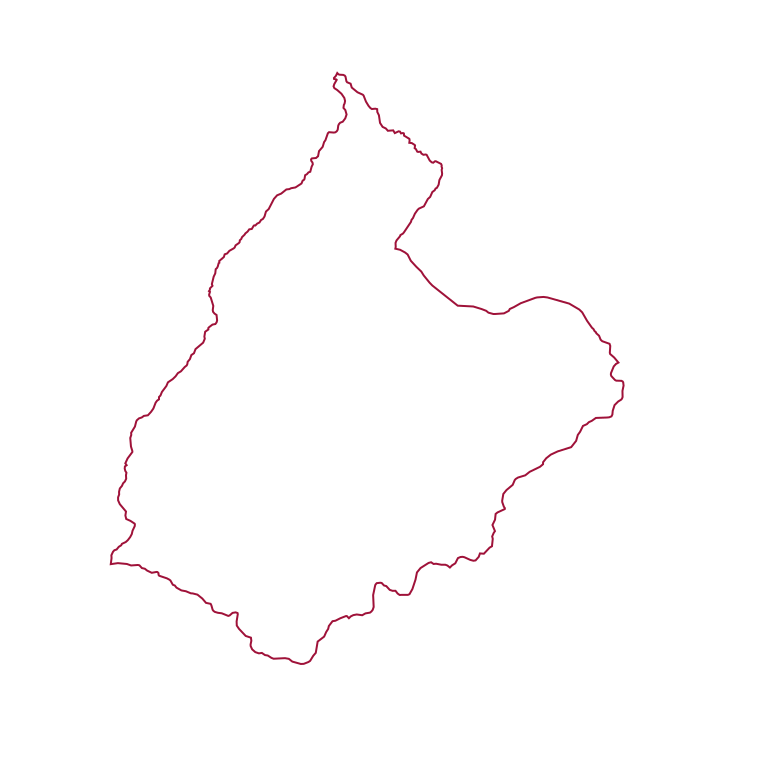 Génova, Quindío, Colombia (orthographic projection), rotated 13°
{"feature_id": "7082276B54028982815343", "entity_name": "Génova", "entity_type": "district", "adm_level": 2, "iso_a3": "COL", "parent_name": "Colombia", "parent_adm1": "Quindío", "projection": "orthographic", "projection_center": [-75.776, 4.193], "detail": "fine", "context": "isolated", "style": "outline", "palette": "rose", "viewbox_px": 768, "rotation_deg": 13, "n_neighbors": 0, "source": "geoboundaries", "source_scale": "gbopen_adm2", "svg_char_len": 6151}
<svg xmlns="http://www.w3.org/2000/svg" viewBox="0 0 768 768"><g transform="rotate(13 384 384)"><path d="M607.6,310.4L602.3,306.4L597.6,303.9L597.0,302.8L595.9,296.0L594.7,294.1L587.0,293.2L585.1,292.1L582.7,288.6L579.4,286.8L579.0,286.0L577.3,285.1L575.7,283.3L574.0,282.4L567.7,276.8L561.0,269.6L557.5,267.5L546.4,264.0L523.8,262.9L519.8,263.3L513.7,265.2L511.9,266.1L499.1,274.5L493.2,279.9L489.7,282.6L489.1,284.7L485.0,288.2L476.5,290.8L474.9,291.2L469.7,291.0L467.1,289.7L462.1,289.0L453.5,288.4L438.2,291.1L409.0,277.2L405.6,275.0L398.3,269.3L395.1,266.1L389.1,262.5L382.4,257.9L377.9,252.5L374.9,251.1L369.5,249.6L364.6,249.6L364.6,247.9L363.5,243.9L363.9,241.3L366.3,236.6L366.5,235.2L368.6,233.2L369.3,231.8L373.8,220.0L373.9,217.9L374.9,215.8L375.8,211.1L377.5,206.9L378.5,205.3L382.9,201.9L385.1,193.9L386.9,191.3L387.9,186.1L389.8,183.8L390.3,181.9L391.4,181.0L392.4,177.5L392.1,172.8L393.5,167.6L393.3,165.9L392.0,162.4L392.1,160.6L391.2,159.3L391.0,157.9L390.1,156.7L384.4,155.3L383.6,155.5L382.2,157.3L380.7,157.3L378.3,156.0L374.0,151.1L373.0,151.0L370.8,151.8L368.6,151.0L367.3,149.4L365.0,150.2L364.1,150.1L362.3,148.0L360.8,147.3L360.6,144.6L360.2,144.2L356.9,143.0L354.4,143.3L354.1,140.6L353.5,139.4L347.7,137.5L347.0,135.4L346.0,135.2L344.2,136.0L342.8,134.5L341.4,134.5L338.1,137.1L335.9,134.8L330.8,136.4L328.3,134.6L324.8,133.8L321.4,130.5L318.6,123.3L316.3,120.5L315.5,117.7L313.6,117.7L310.3,118.8L308.7,118.2L306.4,116.5L302.9,112.9L299.2,107.5L298.3,106.9L292.5,105.7L285.9,102.4L283.9,98.9L280.2,98.3L279.3,97.5L277.3,93.1L276.3,92.3L274.7,92.0L271.3,92.6L270.0,92.5L268.5,91.5L267.8,94.6L266.4,97.1L266.7,98.0L269.1,98.0L269.5,98.3L268.1,102.9L267.9,105.3L269.1,106.9L272.3,108.1L277.3,110.8L281.0,114.2L282.4,117.0L282.5,119.6L282.1,121.1L282.4,124.1L284.7,125.8L286.9,129.8L286.5,133.9L284.8,137.7L282.5,139.3L281.6,141.0L281.3,142.6L281.7,146.6L281.1,148.4L280.0,149.7L278.6,150.3L273.8,151.0L272.9,152.3L272.1,159.6L271.2,161.8L270.9,166.7L268.3,171.7L268.5,176.9L266.9,179.1L263.0,180.4L262.4,181.5L262.9,182.9L264.5,184.3L265.2,185.9L264.6,188.5L264.4,193.8L262.8,194.8L261.7,196.9L260.2,198.3L260.4,202.2L260.0,203.2L259.0,204.1L258.5,207.2L253.5,212.4L249.5,214.1L247.9,215.4L245.1,216.4L241.0,221.6L237.4,224.2L235.1,228.4L232.3,239.5L230.2,242.5L229.9,247.7L228.9,250.4L227.3,251.9L226.3,254.7L224.3,256.3L223.0,258.5L221.9,258.6L221.4,259.2L220.3,262.7L217.9,263.6L216.8,266.2L215.0,268.5L214.6,269.8L212.6,272.9L212.3,274.8L211.2,276.4L211.4,278.3L210.9,279.3L208.2,282.3L207.8,284.6L207.1,285.6L203.4,289.0L201.8,292.1L199.6,293.5L199.4,296.3L195.8,301.2L196.3,302.9L195.7,303.5L195.6,306.8L195.2,308.5L194.2,310.0L194.7,314.2L193.9,317.7L193.8,325.4L194.8,326.9L192.9,330.0L193.2,331.3L192.6,332.9L193.7,333.4L193.5,336.2L193.9,337.4L195.7,338.7L200.1,346.3L200.5,350.5L201.2,352.1L203.0,353.5L205.3,354.4L207.1,359.6L207.0,361.6L206.2,363.5L203.5,364.7L200.7,368.1L200.2,369.1L200.6,370.4L198.0,373.3L198.3,378.2L199.2,380.2L198.5,384.4L192.5,392.4L191.9,396.8L189.8,399.1L189.3,403.4L187.7,406.6L187.9,408.8L187.6,410.3L186.0,412.3L183.3,417.3L180.7,419.8L179.2,423.4L177.0,426.8L173.1,431.0L172.4,434.9L169.4,441.7L168.8,445.5L167.7,447.3L168.2,449.6L166.7,451.2L165.7,453.5L164.8,459.8L163.3,463.5L161.0,467.6L157.2,469.1L155.5,471.1L153.0,472.6L151.3,475.0L151.0,476.4L150.9,481.5L148.6,488.4L149.2,490.5L148.9,493.7L151.5,501.8L153.9,506.0L154.1,506.9L150.9,514.2L149.8,519.5L151.5,521.0L150.1,522.6L150.4,524.8L151.5,526.9L153.0,528.4L153.1,530.9L154.1,534.3L153.5,537.2L152.1,539.5L151.6,542.2L150.1,545.2L150.1,548.7L150.8,551.2L150.4,554.2L151.1,557.2L153.6,560.5L161.3,566.3L161.6,570.3L163.2,573.5L167.7,574.4L172.3,576.1L172.8,576.6L173.1,578.5L172.0,583.5L172.0,587.0L171.1,590.3L169.5,593.8L167.9,596.1L164.6,598.7L164.2,600.3L162.2,602.3L160.7,605.4L158.7,606.6L157.7,608.4L156.9,612.2L157.7,614.9L158.3,621.0L165.0,618.4L174.0,617.2L178.4,617.7L184.9,615.7L186.5,615.7L189.5,617.8L192.5,617.8L195.2,619.1L200.2,620.2L204.6,618.3L205.6,618.2L206.8,619.0L207.3,620.7L208.1,621.4L216.2,622.2L218.8,622.9L220.1,623.5L223.4,627.1L225.5,627.4L227.6,629.1L233.0,630.7L237.6,630.5L242.9,631.4L244.7,631.1L249.6,631.2L255.2,633.9L259.8,637.3L264.5,637.2L265.6,638.5L267.8,642.5L268.8,643.4L270.4,644.1L273.6,644.3L277.5,643.9L284.4,645.0L285.6,644.3L287.9,641.1L290.8,639.9L292.8,640.1L293.3,641.1L293.8,648.5L294.9,652.5L297.8,655.2L305.9,660.6L311.4,661.1L312.5,664.0L312.6,667.8L313.0,669.3L315.2,672.2L318.9,674.2L322.7,674.6L325.5,673.5L329.0,674.9L331.8,674.7L336.0,676.2L338.3,676.5L349.2,673.4L353.1,673.2L357.1,675.1L366.0,675.5L368.8,674.7L372.9,671.9L374.3,670.4L376.2,664.7L378.0,661.3L377.3,649.9L382.5,643.6L383.5,638.5L384.7,635.2L384.7,632.2L387.2,626.7L389.9,625.6L394.1,622.1L399.1,618.7L400.0,618.5L402.5,620.1L403.9,617.9L406.1,616.1L409.3,614.7L414.8,614.2L417.5,611.7L421.8,609.9L422.9,608.5L423.8,606.6L424.1,603.6L420.9,592.1L420.7,582.7L420.8,581.4L421.7,579.7L425.0,578.5L426.5,578.4L429.3,580.3L431.7,580.4L435.9,583.3L438.9,583.6L441.7,582.9L444.4,585.1L446.6,586.0L454.7,584.1L456.1,583.1L457.8,577.4L458.7,567.5L458.5,560.2L461.0,555.1L467.7,548.3L470.0,547.1L472.8,548.2L475.2,547.4L480.5,547.2L484.3,546.3L486.6,546.6L489.5,548.0L491.1,545.4L493.8,542.7L495.2,537.0L497.4,535.4L499.5,534.7L501.3,534.7L507.7,536.0L510.9,536.1L512.9,535.3L515.2,531.1L515.6,527.5L519.5,526.9L523.7,519.7L525.7,517.8L524.8,510.4L523.7,508.2L524.4,504.4L525.2,502.4L521.4,497.0L522.7,491.2L522.0,485.5L523.5,483.6L529.8,478.7L529.7,477.8L528.4,476.6L525.8,472.5L525.4,471.1L525.0,464.3L527.2,459.8L532.1,453.3L533.0,448.2L533.7,446.9L535.6,445.0L542.2,441.2L545.7,436.8L554.6,429.6L557.0,426.4L556.6,424.4L558.8,419.8L562.4,415.3L568.4,410.6L580.6,403.4L584.0,396.2L584.3,390.0L585.8,386.5L587.3,380.1L590.7,377.5L592.2,375.1L594.7,373.2L598.1,369.4L608.8,366.5L610.9,365.8L612.9,364.4L613.4,362.4L612.9,358.7L613.4,352.7L616.1,348.4L618.6,345.9L619.2,344.7L619.4,343.0L617.9,337.1L617.8,331.7L616.7,328.6L615.9,327.8L614.6,327.5L609.5,328.5L608.1,328.1L603.8,325.2L603.0,324.0L602.7,322.4L603.9,315.2L605.5,312.3L607.6,310.4Z" fill="none" stroke="#9f1239" stroke-width="2"/></g></svg>